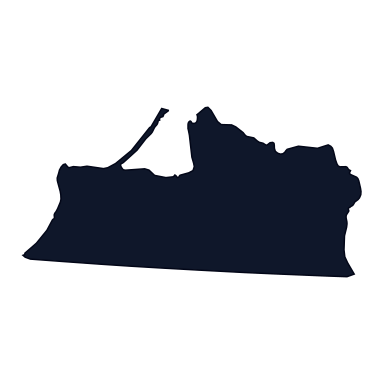 outline of Kaliningrad
{"feature_id": "RUS-2324", "entity_name": "Kaliningrad", "entity_type": "Region", "adm_level": 1, "iso_a3": "RUS", "parent_name": "Russia", "parent_adm1": "", "projection": "albers", "projection_center": [21.339, 54.816], "detail": "fine", "context": "isolated", "style": "filled", "palette": "ink", "viewbox_px": 384, "rotation_deg": 0, "n_neighbors": 0, "source": "natural_earth", "source_scale": "10m", "svg_char_len": 2519}
<svg xmlns="http://www.w3.org/2000/svg" viewBox="0 0 384 384"><path d="M207.9,107.3L211.1,110.5L217.5,121.5L221.2,124.6L231.6,124.9L235.8,126.9L243.1,132.6L244.9,134.9L246.6,136.4L253.8,137.9L257.3,141.0L259.3,142.3L263.0,143.2L265.5,144.8L266.5,145.2L267.4,144.8L270.1,142.7L272.7,142.4L274.0,143.3L274.3,145.3L274.4,148.3L275.3,151.3L277.7,153.2L280.4,154.1L282.8,153.8L284.7,152.4L285.9,150.7L287.2,149.3L298.4,146.2L300.3,146.4L317.5,148.3L328.2,144.9L330.8,146.3L331.4,147.0L332.4,148.1L333.6,151.7L335.5,159.8L336.9,163.8L338.2,166.0L339.9,166.8L345.7,166.7L346.7,167.0L347.4,167.7L348.1,168.9L349.2,170.0L350.5,170.6L349.4,173.0L350.3,174.4L356.6,177.2L357.9,178.6L358.8,180.9L360.5,188.2L361.0,191.5L360.8,194.7L359.5,197.8L358.0,199.6L354.8,202.0L353.4,204.5L352.6,205.5L350.8,206.5L349.7,207.5L348.8,207.7L348.5,208.0L348.3,208.9L348.5,209.8L348.8,210.6L348.7,211.3L346.5,214.7L346.1,216.0L346.1,217.8L346.9,221.9L347.0,223.9L346.6,227.2L344.5,235.8L344.0,249.8L344.8,256.8L347.7,263.0L354.2,274.1L347.0,276.7L327.3,276.0L302.7,275.0L273.5,273.8L244.3,272.5L198.8,270.1L161.3,268.0L131.0,266.2L100.7,264.2L60.1,261.3L38.5,259.7L30.4,259.1L25.2,257.2L23.0,255.3L24.8,254.6L24.9,253.2L36.4,243.2L46.9,230.3L52.4,220.0L53.0,219.3L53.5,219.1L53.8,218.9L54.3,218.1L54.4,217.2L54.2,215.2L54.3,214.4L54.9,213.1L56.0,211.7L57.6,208.7L60.4,202.0L61.0,199.1L60.8,194.8L60.2,191.3L57.7,182.1L57.3,180.4L57.2,178.0L58.7,173.1L59.5,170.0L61.2,166.9L63.3,164.6L65.3,164.0L67.9,167.1L69.1,167.7L73.4,166.6L80.5,167.2L87.0,166.2L103.5,168.6L107.8,167.7L115.6,163.5L131.4,150.5L149.6,127.6L151.0,126.8L161.7,108.5L168.3,110.3L168.3,110.8L164.5,113.6L163.3,114.7L163.5,115.3L162.9,116.6L160.4,117.4L159.4,118.8L159.7,120.1L158.6,120.5L158.1,121.1L157.9,122.3L157.4,123.8L156.7,124.9L155.0,126.8L154.2,128.1L152.3,132.0L151.1,133.6L145.9,138.7L137.0,150.2L123.5,162.4L122.5,163.1L121.6,163.4L120.9,163.9L120.6,165.5L120.9,166.4L121.7,167.8L122.6,169.1L123.4,169.8L125.3,170.2L144.7,168.8L149.0,170.1L154.6,175.4L165.9,177.6L173.2,176.8L174.4,175.7L174.9,175.0L176.0,175.8L177.0,177.0L177.3,177.6L178.5,177.3L179.1,176.6L179.5,175.8L180.1,175.2L188.8,172.8L193.0,170.6L194.3,166.6L193.6,163.1L191.9,157.2L189.4,135.2L189.1,133.7L189.0,133.1L188.2,129.2L188.0,128.8L188.0,124.7L188.2,123.2L188.8,122.0L190.1,121.0L191.0,121.5L191.6,122.6L192.3,123.3L193.7,123.4L194.9,123.3L196.0,122.7L196.9,121.4L197.3,119.9L197.5,117.7L197.4,115.7L196.9,114.8L205.3,107.7L207.9,107.3Z" fill="#0f172a" stroke="#020617" stroke-width="1.5"/></svg>